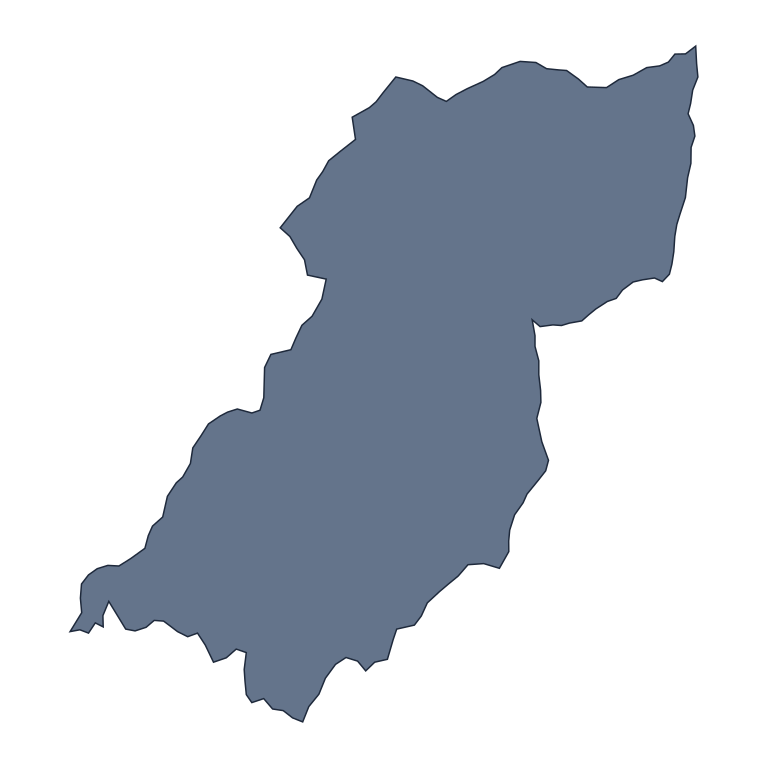 Meridiano, São Paulo, Brazil
{"feature_id": "56859067B90644311999946", "entity_name": "Meridiano", "entity_type": "district", "adm_level": 2, "iso_a3": "BRA", "parent_name": "Brazil", "parent_adm1": "São Paulo", "projection": "equal_earth", "projection_center": [-50.192, -20.403], "detail": "fine", "context": "isolated", "style": "filled", "palette": "slate", "viewbox_px": 768, "rotation_deg": 0, "n_neighbors": 0, "source": "geoboundaries", "source_scale": "gbopen_adm2", "svg_char_len": 2205}
<svg xmlns="http://www.w3.org/2000/svg" viewBox="0 0 768 768"><path d="M70.1,631.6L79.9,629.8L88.5,633.1L95.3,622.9L103.2,626.9L102.9,615.6L108.8,601.4L117.3,615.3L125.7,629.1L135.1,630.9L146.1,627.3L154.2,620.4L163.6,621.1L170.7,626.4L177.5,631.6L187.7,636.7L197.5,633.1L205.3,645.1L213.5,662.2L226.3,657.8L236.2,649.1L246.3,652.6L244.2,669.5L245.0,681.1L246.3,694.6L251.8,702.6L263.7,698.6L272.6,709.0L283.2,710.6L292.6,717.9L302.7,721.9L308.8,706.6L318.9,694.2L325.4,678.2L335.5,664.4L346.0,657.5L357.6,661.1L365.7,670.9L374.7,662.2L387.4,659.3L393.2,639.5L396.7,629.1L414.4,625.1L421.3,616.0L427.3,602.9L439.5,591.6L448.1,584.3L458.2,576.0L468.0,564.7L483.7,563.6L499.4,568.3L508.8,551.6L508.7,541.0L509.7,530.1L514.6,514.8L523.1,502.8L527.0,494.1L538.0,480.6L545.7,470.8L548.5,460.3L541.8,441.7L536.8,418.4L540.9,402.4L540.6,390.4L538.8,374.8L538.8,360.8L535.0,346.4L535.0,335.7L532.2,319.8L540.1,326.6L552.9,324.9L561.5,325.5L569.4,323.1L581.8,320.9L588.9,314.6L595.9,308.9L607.3,301.5L616.2,298.4L622.5,290.0L633.1,282.0L642.6,279.8L654.5,278.0L662.4,281.6L669.4,274.2L671.9,264.2L673.8,251.8L674.8,236.5L676.8,224.5L679.8,214.7L685.4,197.6L687.6,177.8L690.9,163.4L691.1,147.4L694.9,136.1L693.4,125.4L688.1,113.8L690.6,103.6L692.7,90.1L697.9,77.0L696.6,63.6L695.7,46.1L685.5,53.9L674.9,54.1L668.4,62.1L659.6,65.9L646.7,67.6L633.2,75.2L618.8,79.6L606.5,87.6L587.3,87.0L578.4,79.0L566.6,70.5L558.5,69.9L546.6,68.7L535.9,62.5L520.1,61.4L501.9,67.6L494.6,74.5L483.2,81.4L467.2,88.7L456.1,94.5L446.3,101.4L437.4,97.4L422.7,85.8L412.9,81.0L395.8,77.0L383.1,92.7L376.1,101.8L369.4,107.6L352.2,117.2L355.5,139.4L340.2,151.4L328.7,160.7L322.7,171.6L316.7,180.0L309.5,197.8L297.2,206.3L280.2,227.8L289.9,236.5L296.9,248.5L304.5,259.8L307.5,275.1L326.2,279.1L321.9,299.1L312.1,316.2L301.9,325.3L295.9,338.0L290.9,349.7L270.9,354.4L264.6,367.5L263.8,397.7L260.0,410.2L251.9,413.0L237.3,409.0L227.6,412.1L220.3,415.9L208.5,423.9L200.9,435.9L192.8,447.9L190.4,463.5L182.7,477.0L176.3,482.8L167.4,496.3L162.7,517.0L152.5,526.1L148.3,535.6L144.9,548.3L130.8,558.5L118.9,566.0L107.8,565.4L97.2,568.7L88.5,574.9L81.5,584.0L80.4,598.2L81.7,612.7L70.1,631.6Z" fill="#64748b" stroke="#1e293b" stroke-width="1.5"/></svg>